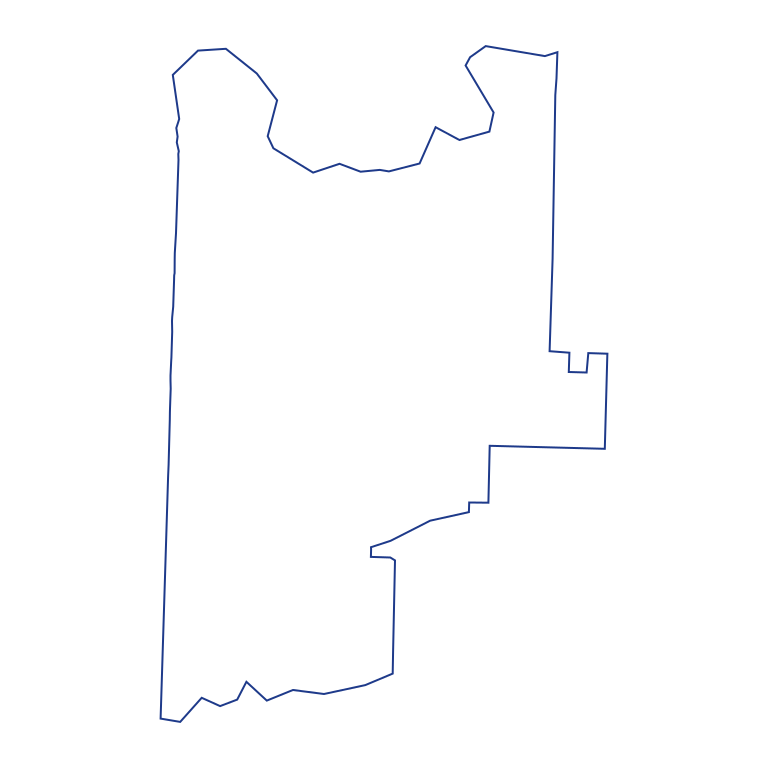 the district of Sebastian, Arkansas, United States of America
{"feature_id": "52423323B741493038537", "entity_name": "Sebastian", "entity_type": "district", "adm_level": 2, "iso_a3": "USA", "parent_name": "United States of America", "parent_adm1": "Arkansas", "projection": "orthographic", "projection_center": [-94.303, 35.191], "detail": "fine", "context": "isolated", "style": "outline", "palette": "blue", "viewbox_px": 768, "rotation_deg": 0, "n_neighbors": 0, "source": "geoboundaries", "source_scale": "gbopen_adm2", "svg_char_len": 1196}
<svg xmlns="http://www.w3.org/2000/svg" viewBox="0 0 768 768"><path d="M160.6,718.6L180.2,721.9L201.7,697.8L220.1,706.1L237.2,699.6L246.4,681.8L266.8,700.6L292.9,690.0L324.0,694.0L365.3,685.1L392.7,673.6L393.1,651.0L395.0,560.4L390.3,557.5L370.9,556.9L371.1,549.6L371.0,547.2L390.6,540.8L430.1,520.7L468.9,512.1L469.2,502.5L488.4,502.7L489.7,445.8L604.8,448.8L607.3,355.9L607.4,353.7L588.3,353.1L586.6,372.5L568.8,372.0L569.4,352.7L549.6,351.2L552.6,258.7L555.3,95.1L556.5,78.4L557.4,52.2L544.9,56.1L485.7,46.1L470.1,57.2L465.6,65.5L493.6,112.5L489.4,131.6L459.4,140.0L435.6,127.2L419.6,163.5L388.9,171.4L379.8,169.9L360.6,171.7L339.5,163.8L313.1,172.6L273.4,148.3L267.7,136.2L277.1,100.3L256.8,73.5L225.9,48.8L198.0,50.6L172.8,74.9L179.2,119.0L179.0,119.6L178.2,122.2L176.3,128.0L176.5,129.2L177.6,136.6L176.8,142.4L178.8,151.2L178.3,154.0L178.5,159.9L176.0,233.3L174.8,252.9L174.7,258.1L174.6,273.2L174.2,275.3L174.1,278.5L174.1,279.2L173.2,306.8L172.2,317.1L172.0,320.9L172.2,331.8L171.4,357.7L171.2,360.9L170.5,375.6L170.5,380.4L170.7,388.7L170.0,408.8L169.9,412.4L169.8,419.7L168.6,464.8L168.1,476.6L165.8,551.1L162.4,660.9L160.6,718.6Z" fill="none" stroke="#1e3a8a" stroke-width="2"/></svg>